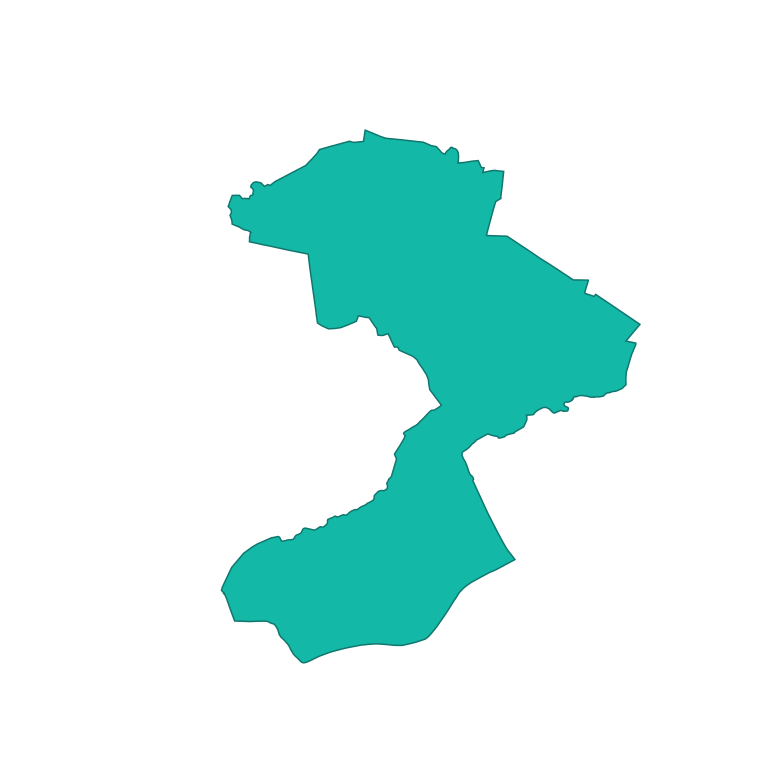 Dorolt, Satu Mare, Romania (Equal Earth projection), rotated 329°
{"feature_id": "2599482B34553912089918", "entity_name": "Dorolt", "entity_type": "district", "adm_level": 2, "iso_a3": "ROU", "parent_name": "Romania", "parent_adm1": "Satu Mare", "projection": "equal_earth", "projection_center": [22.775, 47.851], "detail": "fine", "context": "isolated", "style": "filled", "palette": "teal", "viewbox_px": 768, "rotation_deg": 329, "n_neighbors": 0, "source": "geoboundaries", "source_scale": "gbopen_adm2", "svg_char_len": 6135}
<svg xmlns="http://www.w3.org/2000/svg" viewBox="0 0 768 768"><g transform="rotate(329 384 384)"><path d="M405.8,601.9L404.3,588.7L404.5,579.4L405.2,566.1L406.5,547.7L410.4,512.3L411.2,512.1L411.6,511.9L411.8,511.4L412.0,510.8L412.1,509.9L412.0,508.3L411.4,506.6L411.3,505.6L411.5,503.1L412.7,498.1L412.8,496.9L413.2,495.7L413.2,494.4L413.5,493.5L413.6,491.8L413.6,488.9L414.0,486.5L414.0,485.6L415.5,483.4L416.3,482.8L421.4,482.6L424.6,482.1L428.7,480.8L431.2,480.6L433.4,480.0L434.2,479.7L447.2,480.2L449.1,482.5L451.1,484.7L452.8,486.2L453.7,486.8L454.1,487.5L454.5,489.4L454.8,489.6L456.6,490.4L460.1,491.3L460.7,491.3L461.5,490.8L463.1,490.9L468.4,492.4L468.4,492.5L470.6,493.1L471.3,492.7L471.5,492.5L481.6,492.7L487.4,488.8L488.3,487.8L489.4,486.0L490.1,484.1L492.4,485.4L495.8,487.0L496.5,487.1L497.1,486.9L497.5,486.6L500.1,485.8L501.2,485.9L502.3,485.8L502.7,485.7L505.0,485.8L505.7,486.0L507.5,486.0L508.7,486.4L510.4,487.2L511.7,488.7L512.8,490.4L513.5,493.5L513.9,495.0L514.3,495.9L515.0,496.6L515.6,496.9L516.3,496.8L517.9,497.1L518.5,497.1L522.3,497.8L523.6,499.7L525.2,500.5L526.9,501.5L527.8,501.5L529.0,500.6L529.4,500.0L529.6,499.1L528.6,497.5L527.5,495.7L527.9,493.9L528.4,493.3L530.4,493.1L531.2,493.3L531.8,494.1L532.9,494.5L534.7,494.8L536.1,494.8L537.1,494.7L537.2,494.4L538.1,494.1L538.6,494.2L539.6,493.1L540.0,493.0L541.0,493.0L541.5,493.3L541.7,493.8L544.3,494.3L545.7,494.7L547.5,495.7L548.8,496.6L550.4,498.0L551.3,498.4L551.5,498.7L551.9,499.3L553.0,500.2L554.4,501.9L555.3,502.0L555.7,502.2L556.3,503.0L556.9,503.4L559.7,504.5L561.5,505.7L562.9,506.3L565.8,507.3L566.4,507.2L568.4,506.6L570.1,506.7L570.8,506.5L571.4,506.7L572.2,507.4L572.8,507.6L575.2,508.0L576.2,508.3L578.6,509.4L580.6,509.9L585.8,510.5L591.1,509.2L592.4,506.8L593.5,504.9L595.7,501.6L598.0,498.4L602.1,494.8L606.7,490.5L611.9,485.9L620.2,479.8L620.9,478.6L613.5,471.8L634.1,464.7L611.6,416.2L609.2,417.1L603.2,410.1L603.0,409.6L603.1,409.1L606.5,405.9L612.5,400.5L612.5,400.1L601.9,393.5L601.7,393.5L599.7,392.2L599.0,390.4L587.8,367.1L582.2,356.1L579.5,350.0L565.6,320.7L548.3,309.5L551.6,306.1L567.6,290.7L573.1,285.7L574.3,285.1L579.8,285.2L580.6,283.6L586.6,276.0L596.1,263.4L593.7,261.7L588.9,257.9L586.0,256.5L577.5,253.6L581.1,250.2L578.9,248.6L579.0,248.4L579.8,241.0L574.3,238.4L566.8,235.4L561.2,232.6L561.7,232.3L562.7,231.0L563.4,230.0L563.7,229.3L565.4,227.0L566.1,225.2L566.5,224.6L566.9,223.2L566.9,220.7L566.5,219.7L565.8,218.6L564.8,217.6L564.4,217.4L564.3,216.9L564.4,216.5L563.9,216.0L563.2,215.6L560.3,216.5L558.4,216.7L557.3,217.0L556.7,217.2L555.4,217.9L554.7,218.4L552.8,216.0L551.9,211.2L551.1,207.5L550.9,207.2L547.4,204.2L542.2,197.0L525.7,184.4L511.7,174.0L511.0,173.3L511.2,173.2L508.6,170.2L499.1,157.3L498.6,156.7L491.3,165.5L482.8,161.5L481.9,160.9L479.4,158.1L477.9,157.7L460.6,152.8L449.4,149.8L445.5,151.8L437.9,154.1L432.1,155.6L429.6,156.4L395.6,154.4L395.2,154.6L394.8,154.4L390.5,154.9L388.9,155.3L387.1,153.2L383.3,153.1L382.1,148.1L378.3,144.7L375.7,144.1L372.4,145.2L371.2,146.7L372.1,149.3L371.7,151.1L369.9,153.0L369.0,154.4L366.6,153.7L364.6,155.1L364.3,155.6L364.0,155.7L363.4,155.7L362.7,154.9L360.4,153.3L357.8,151.9L357.6,149.2L357.3,148.6L357.2,147.8L351.1,144.2L348.3,146.3L341.8,151.7L342.8,155.9L341.3,158.7L338.9,160.1L337.8,165.4L336.2,168.8L340.7,174.8L343.3,179.5L346.5,182.5L348.1,185.5L347.3,185.7L344.0,189.4L343.5,190.5L341.9,192.8L348.4,198.8L351.4,201.8L354.5,204.5L371.0,220.0L384.4,232.2L385.9,233.7L381.8,242.8L378.2,251.1L363.5,285.7L361.4,290.2L360.2,293.3L358.4,297.4L360.6,301.9L364.8,308.1L370.0,310.9L376.0,313.4L382.5,314.6L392.6,316.0L397.1,312.4L400.7,315.6L402.9,317.7L405.4,319.3L405.9,329.6L406.3,332.7L404.5,337.4L404.0,339.0L405.8,340.4L407.3,341.4L408.6,342.0L411.5,342.5L413.5,343.0L412.6,350.4L411.9,357.8L414.5,359.0L414.7,359.6L414.5,363.0L422.8,374.8L424.7,379.9L424.6,384.8L425.0,390.5L425.2,397.8L424.4,402.8L422.5,406.9L420.3,412.4L421.4,422.8L422.3,431.9L417.9,432.2L413.7,432.3L411.4,431.1L410.2,431.0L406.7,431.8L400.2,433.7L394.9,434.9L391.7,435.8L389.3,435.9L385.5,435.7L383.0,435.9L377.6,435.7L375.8,436.1L375.2,436.7L375.4,438.6L375.2,439.7L374.5,440.0L373.2,441.0L366.6,444.6L356.8,449.5L356.2,454.6L342.7,467.1L340.7,467.7L339.4,467.9L338.4,468.5L337.1,469.6L336.1,470.0L335.3,470.5L334.9,471.3L334.8,472.6L333.3,474.9L332.1,475.5L329.1,475.5L327.3,474.2L326.0,473.6L324.0,473.1L318.4,474.5L317.6,475.4L317.0,476.7L314.7,478.1L313.3,478.0L311.3,478.1L308.9,477.7L305.8,478.1L301.0,477.5L299.5,477.5L298.8,477.7L297.0,477.8L296.0,477.9L295.1,477.0L293.6,476.6L291.2,476.2L287.8,476.3L286.2,476.9L284.6,476.9L284.0,476.8L283.2,476.4L282.1,475.3L281.2,474.9L276.3,474.3L275.0,473.5L274.5,472.5L273.9,472.1L273.5,471.9L271.2,472.0L268.9,471.5L266.1,471.2L265.4,471.7L264.6,473.2L263.9,474.0L262.9,474.7L259.6,475.3L258.1,475.3L257.4,475.0L256.1,473.7L255.3,473.4L251.7,473.7L249.2,473.5L243.2,467.8L242.2,466.9L240.7,466.5L239.9,466.6L236.9,468.5L235.8,469.0L234.9,469.0L233.4,468.8L231.7,468.5L230.2,468.5L227.0,470.1L226.0,470.3L225.0,470.0L221.7,468.4L219.8,467.7L216.2,466.6L215.3,465.7L215.5,462.8L215.5,461.8L215.1,460.6L214.5,460.1L209.5,458.4L208.7,457.9L193.3,455.9L189.2,455.9L187.7,455.8L176.5,456.8L158.9,462.8L140.6,475.0L138.4,477.2L138.6,478.6L139.4,481.1L138.7,481.0L139.0,483.8L138.6,486.4L135.9,499.6L133.9,510.2L146.6,518.5L153.4,522.2L158.1,524.9L160.8,526.7L162.1,527.7L163.2,529.7L164.7,531.7L166.0,533.0L166.5,535.0L166.6,535.8L166.4,540.0L165.8,542.5L165.2,544.6L165.3,547.9L165.9,549.9L166.7,552.8L167.7,558.9L167.2,564.0L167.3,569.2L167.8,571.6L168.7,574.4L169.6,578.6L170.2,580.3L171.6,581.7L174.3,582.6L178.8,583.2L187.8,583.9L196.0,585.4L201.5,586.6L210.9,589.3L217.4,591.4L230.1,596.1L233.6,597.8L235.5,598.6L242.9,602.4L246.2,604.5L254.3,610.3L257.1,612.5L260.0,614.4L265.3,617.6L271.1,619.5L277.5,621.5L280.4,622.2L287.1,623.7L288.2,623.9L290.8,623.6L293.0,623.2L298.4,621.4L303.8,619.4L313.4,615.1L321.0,611.6L332.2,605.9L335.3,604.5L341.0,601.6L346.6,600.0L350.6,599.4L356.6,599.0L365.7,599.3L377.5,599.9L381.4,600.5L384.9,600.9L405.8,601.9Z" fill="#14b8a6" stroke="#0f766e" stroke-width="1.5"/></g></svg>